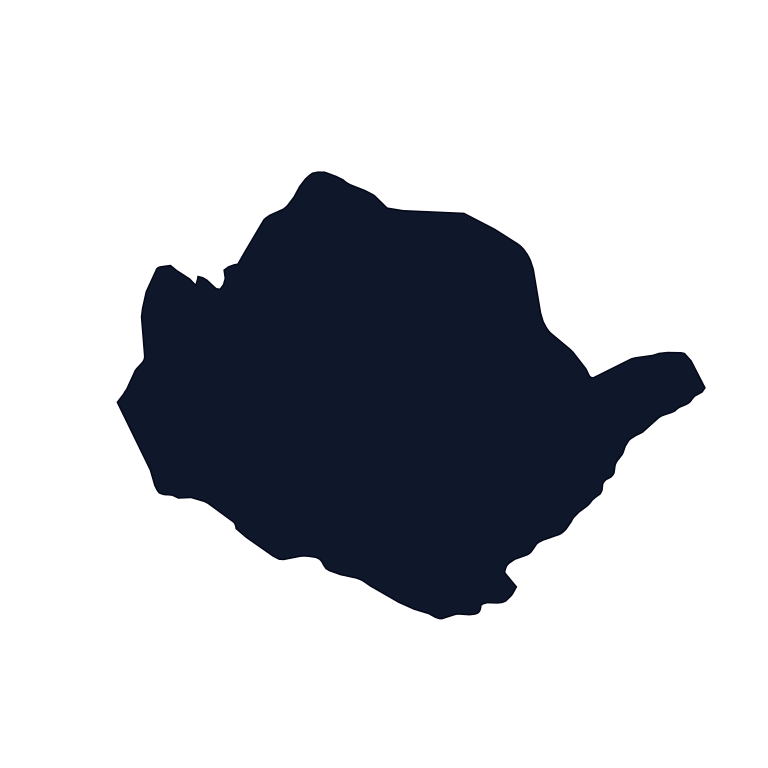 the border of Phichit, rotated 316°
{"feature_id": "THA-401", "entity_name": "Phichit", "entity_type": "Province", "adm_level": 1, "iso_a3": "THA", "parent_name": "Thailand", "parent_adm1": "", "projection": "natural_earth1", "projection_center": [100.371, 16.251], "detail": "fine", "context": "isolated", "style": "filled", "palette": "ink", "viewbox_px": 768, "rotation_deg": 316, "n_neighbors": 0, "source": "natural_earth", "source_scale": "10m", "svg_char_len": 2607}
<svg xmlns="http://www.w3.org/2000/svg" viewBox="0 0 768 768"><g transform="rotate(316 384 384)"><path d="M302.3,143.4L304.3,144.3L312.7,150.4L313.6,158.3L317.1,173.3L317.1,182.3L322.7,179.2L324.9,177.5L327.4,181.6L328.7,186.1L329.4,198.9L331.9,202.0L337.6,201.1L343.2,197.8L348.1,191.0L353.6,191.8L359.2,194.3L362.1,196.3L375.5,192.4L411.5,182.5L414.0,182.5L419.0,183.3L433.2,188.4L436.5,188.7L438.9,188.6L449.2,187.0L460.6,183.4L470.0,182.0L475.5,182.2L478.9,182.7L483.5,185.6L488.4,190.4L493.7,201.4L496.4,208.9L496.4,209.6L496.8,212.9L498.0,217.0L504.8,232.1L507.9,241.5L508.4,259.6L518.0,272.5L560.0,316.8L571.0,349.5L577.5,376.4L578.0,380.1L578.0,383.9L577.1,390.1L576.1,393.8L575.1,396.8L571.1,405.1L545.9,441.7L541.7,449.8L539.7,456.9L539.2,460.6L539.2,463.5L541.9,488.4L542.0,492.6L539.7,513.6L537.3,520.6L537.3,522.8L538.6,524.9L579.4,537.8L583.1,539.9L597.1,550.1L603.1,553.1L609.8,558.3L619.4,567.9L621.3,570.8L620.9,580.8L612.2,609.7L607.2,610.7L599.2,608.5L596.8,608.6L592.0,609.4L589.6,609.2L587.0,608.5L580.3,605.9L577.4,605.4L574.6,605.4L571.6,604.4L562.1,599.9L558.3,599.0L536.4,598.2L528.9,595.8L523.3,594.7L520.9,594.6L514.3,596.3L508.5,599.3L506.4,600.1L498.6,601.2L496.6,601.7L494.6,602.5L493.2,603.4L487.7,607.7L485.4,608.4L482.3,608.5L477.5,607.0L474.5,607.0L472.0,607.7L467.1,611.8L465.1,612.6L463.1,613.2L457.9,612.4L453.4,612.1L448.6,612.8L445.5,612.8L435.4,611.5L427.7,611.7L425.3,612.2L423.2,613.0L414.1,614.8L411.4,614.9L408.6,614.7L406.2,614.2L389.9,606.7L385.3,605.3L382.8,605.0L373.6,606.9L371.3,606.9L369.0,606.5L367.2,605.8L356.4,600.9L349.3,599.7L347.6,599.7L345.9,600.0L343.9,600.8L340.1,603.0L339.6,604.9L338.3,621.9L330.4,624.3L327.9,624.6L320.6,624.6L317.2,623.1L313.4,620.2L306.4,613.0L302.6,610.9L299.9,610.5L298.2,612.0L296.4,613.1L294.5,613.9L292.0,613.8L289.2,612.4L285.1,609.2L278.5,601.9L276.7,600.2L274.8,599.0L262.6,593.0L260.9,591.2L258.9,587.4L256.8,580.4L249.3,566.9L243.0,551.2L234.0,520.0L232.1,510.6L230.9,507.5L229.2,504.1L220.4,491.0L215.1,480.3L214.1,476.4L214.9,471.9L215.9,468.8L216.1,465.4L214.7,461.5L209.9,455.2L207.0,452.1L204.3,449.8L189.9,440.5L186.9,437.2L184.8,431.1L178.5,398.8L177.2,385.3L178.6,383.3L179.5,381.5L180.0,379.2L174.6,347.6L173.3,343.8L166.4,331.6L156.9,323.2L154.6,317.0L151.7,313.6L150.3,312.2L148.9,310.5L147.7,308.4L146.7,306.1L147.2,302.4L148.8,297.6L156.2,283.6L179.5,211.9L189.7,210.4L191.9,209.7L195.2,209.1L214.1,201.7L216.4,201.2L224.4,200.8L226.8,200.4L228.7,199.7L230.1,198.7L231.3,197.6L256.2,167.3L263.0,161.8L277.1,152.5L300.4,143.4L302.3,143.4Z" fill="#0f172a" stroke="#020617" stroke-width="1.5"/></g></svg>